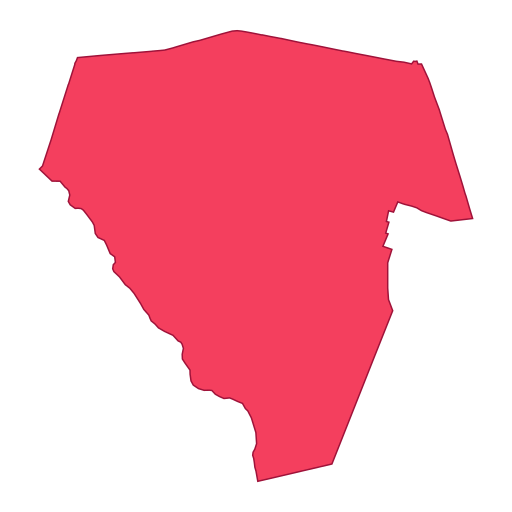 outline of Mixtla, Puebla, Mexico
{"feature_id": "50627088B3391472602874", "entity_name": "Mixtla", "entity_type": "district", "adm_level": 2, "iso_a3": "MEX", "parent_name": "Mexico", "parent_adm1": "Puebla", "projection": "natural_earth1", "projection_center": [-97.892, 18.904], "detail": "fine", "context": "isolated", "style": "filled", "palette": "rose", "viewbox_px": 512, "rotation_deg": 0, "n_neighbors": 0, "source": "geoboundaries", "source_scale": "gbopen_adm2", "svg_char_len": 2358}
<svg xmlns="http://www.w3.org/2000/svg" viewBox="0 0 512 512"><path d="M472.6,218.5L469.7,209.0L466.0,196.2L465.0,193.4L463.0,186.4L460.0,176.5L456.2,164.4L456.0,163.8L453.4,155.1L447.5,134.4L445.8,130.4L445.3,129.2L439.8,111.5L439.3,109.8L434.5,97.1L431.6,88.1L429.8,82.8L428.2,78.6L421.5,64.0L418.0,64.1L416.9,61.1L415.2,61.4L413.7,61.2L411.6,63.9L404.0,62.2L396.3,61.3L387.4,59.6L386.3,59.4L385.2,59.2L376.1,57.4L364.8,55.2L364.2,55.1L356.3,53.6L351.8,52.7L347.4,51.8L343.6,51.1L342.6,51.0L340.9,50.6L336.3,49.7L326.1,47.6L322.3,46.8L321.7,46.7L317.3,45.8L311.7,44.7L307.1,43.9L301.6,42.8L300.9,42.7L297.0,41.9L286.3,39.6L280.8,38.4L280.3,38.4L276.2,37.6L270.2,36.5L263.8,35.2L262.3,34.9L261.2,34.9L260.5,34.7L258.1,34.2L255.1,33.6L252.0,33.0L246.6,32.0L241.3,31.1L237.1,30.7L232.2,31.1L221.1,34.1L200.7,40.1L199.7,40.4L193.3,41.8L175.5,47.1L173.0,47.9L164.6,50.1L159.4,50.6L152.2,51.2L151.7,51.3L150.5,51.4L143.3,52.0L133.6,52.8L133.0,52.8L125.4,53.4L101.3,55.4L77.5,57.6L76.3,60.8L74.9,63.3L74.8,64.5L68.6,84.1L68.3,84.6L59.3,113.0L59.0,113.7L50.9,140.5L50.6,141.3L42.5,166.0L39.4,169.1L52.0,181.1L60.1,181.2L65.1,187.2L66.8,188.4L68.8,190.8L69.2,192.6L69.8,195.0L68.3,201.4L70.2,204.8L75.2,208.4L78.1,208.2L81.2,208.6L83.3,210.1L86.8,214.5L92.4,222.0L94.2,225.4L95.3,233.5L98.0,237.5L104.3,240.4L106.6,245.0L110.2,253.6L114.7,256.8L115.4,262.4L113.3,264.7L112.7,268.8L113.9,271.6L119.5,276.9L125.3,284.7L129.8,288.2L134.1,293.4L140.6,303.6L143.8,309.4L148.9,315.2L149.9,318.0L151.2,320.9L154.9,323.9L158.5,327.9L164.4,331.3L164.5,331.4L173.0,335.3L178.1,340.9L180.8,342.2L182.1,344.2L183.4,348.4L182.2,354.3L182.4,359.0L184.9,362.9L190.0,370.1L190.1,374.2L191.0,380.9L193.3,385.1L198.5,388.6L204.1,390.3L209.5,390.2L211.9,390.5L215.3,394.2L219.4,396.5L224.0,398.5L229.6,397.9L232.8,399.2L237.5,401.4L242.5,403.4L245.4,408.6L247.8,410.9L251.4,417.9L255.9,432.6L256.6,443.7L254.8,449.2L253.1,452.2L252.7,455.3L253.7,458.4L254.3,462.3L254.9,467.3L256.0,471.1L257.8,481.3L331.9,464.0L374.3,356.9L392.7,310.7L388.5,299.6L387.7,288.1L387.7,262.8L391.9,249.4L382.9,246.3L388.1,233.9L385.7,233.1L388.9,222.2L386.4,221.5L388.6,210.8L393.5,212.1L397.8,201.9L402.4,203.6L404.9,204.4L411.7,206.1L416.8,207.8L421.4,210.6L426.3,212.5L436.0,215.8L444.7,218.9L450.7,221.0L451.1,221.0L471.9,218.6L472.6,218.5Z" fill="#f43f5e" stroke="#9f1239" stroke-width="1.5"/></svg>